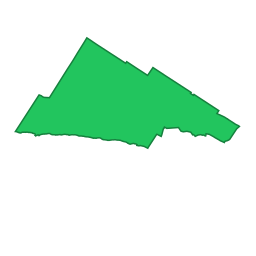 Wanneroo, Western Australia, Australia (Mercator projection), rotated 303°
{"feature_id": "25037944B9363307042095", "entity_name": "Wanneroo", "entity_type": "district", "adm_level": 2, "iso_a3": "AUS", "parent_name": "Australia", "parent_adm1": "Western Australia", "projection": "mercator", "projection_center": [115.695, -31.653], "detail": "fine", "context": "isolated", "style": "filled", "palette": "green", "viewbox_px": 256, "rotation_deg": 303, "n_neighbors": 0, "source": "geoboundaries", "source_scale": "gbopen_adm2", "svg_char_len": 5052}
<svg xmlns="http://www.w3.org/2000/svg" viewBox="0 0 256 256"><g transform="rotate(303 128 128)"><path d="M181.2,44.4L174.9,44.6L163.0,44.8L154.2,45.1L144.6,45.1L110.6,45.6L110.5,45.3L110.3,44.9L109.9,44.3L108.3,41.5L107.9,40.7L107.8,40.4L107.8,40.2L107.7,39.0L107.8,38.1L107.8,37.6L107.3,35.4L63.7,35.5L64.1,36.3L64.1,36.5L64.3,37.0L64.3,37.3L64.5,37.6L64.5,37.8L64.5,38.4L64.5,38.6L64.7,38.8L64.9,39.1L64.9,39.3L65.1,39.8L65.0,40.1L65.2,40.4L65.5,40.7L65.6,40.9L65.9,41.1L66.3,41.3L66.6,41.4L67.1,41.9L67.3,42.2L67.4,42.4L67.5,42.6L67.6,42.8L67.7,43.0L67.9,43.2L68.1,43.5L68.3,43.7L68.4,43.9L68.5,44.3L68.8,44.6L69.1,45.0L69.7,45.8L69.8,46.1L70.0,46.6L70.0,46.8L70.3,47.3L70.5,47.6L70.7,47.9L70.8,48.0L70.9,48.3L71.0,48.5L71.2,48.9L71.2,49.1L71.4,49.5L71.5,49.6L71.6,49.8L71.7,50.2L71.8,50.3L71.7,50.5L71.7,50.8L71.8,51.5L71.9,51.8L72.1,52.0L72.3,52.6L72.4,53.0L72.3,53.4L72.0,53.7L71.7,54.0L71.3,54.2L71.4,53.9L71.3,54.0L71.2,54.0L71.2,54.3L71.3,54.7L71.5,54.9L71.5,55.0L72.0,55.6L72.5,55.8L72.9,56.0L73.2,56.2L73.3,56.4L73.4,56.6L73.3,56.9L73.1,57.5L73.4,57.7L73.8,57.8L74.2,57.9L74.7,58.2L75.2,58.6L75.5,58.9L75.7,59.1L76.3,59.7L76.9,60.4L77.3,61.1L77.6,61.3L77.7,61.6L78.1,62.0L78.7,62.9L79.0,63.2L79.2,63.3L79.4,63.6L79.8,63.9L80.3,64.7L80.4,64.8L80.8,65.5L80.8,65.8L80.9,66.0L80.8,66.6L80.8,66.8L80.8,67.0L80.9,67.3L80.9,67.5L81.3,68.2L81.3,68.4L81.3,68.5L81.6,68.8L82.0,69.5L82.2,69.9L82.6,70.4L82.6,70.6L82.7,70.8L82.7,71.0L82.7,71.3L82.9,71.5L83.0,71.5L83.4,71.8L83.6,72.0L83.6,72.4L83.8,72.5L84.2,73.1L84.3,73.2L84.8,73.7L84.9,73.8L85.4,74.4L85.5,74.6L85.7,75.0L85.8,75.2L85.8,75.4L85.7,75.4L85.9,75.9L86.0,76.0L86.4,76.3L86.5,76.5L87.3,77.2L87.5,77.5L87.8,77.8L88.0,78.1L88.2,78.3L88.4,78.6L88.5,78.9L88.8,79.4L88.9,79.6L89.0,80.1L89.3,80.6L89.5,80.8L89.7,81.1L89.8,81.3L89.8,81.5L89.7,81.6L89.7,81.8L89.9,82.5L90.0,82.6L90.1,82.8L90.8,83.4L91.1,83.8L91.3,84.0L91.6,84.3L92.0,84.9L92.1,85.0L92.3,85.4L92.4,85.6L92.5,85.8L92.7,86.1L92.8,86.3L92.9,86.5L93.1,86.6L93.2,86.8L93.4,87.1L93.7,87.7L93.8,87.9L93.8,88.1L94.0,88.5L94.1,88.9L94.2,89.2L94.5,90.2L94.5,90.5L94.4,90.6L94.5,90.9L94.8,91.6L95.0,91.9L95.1,92.1L95.4,92.4L95.7,93.0L95.9,93.2L96.1,93.7L96.3,94.1L96.6,94.8L96.9,95.2L97.2,96.0L97.2,96.3L97.5,97.0L97.7,97.4L98.1,98.2L98.4,98.6L98.7,99.2L98.9,99.7L99.1,100.1L99.3,100.7L99.4,100.9L99.7,101.6L99.8,101.8L99.8,102.0L100.0,102.6L100.2,102.9L100.2,103.3L100.3,103.5L100.5,104.4L100.6,104.6L100.9,104.8L101.0,104.9L101.6,106.1L101.8,106.4L102.1,106.9L102.5,107.3L102.8,107.5L103.3,108.1L103.4,108.3L103.8,108.7L104.0,109.1L104.4,109.8L104.5,110.0L104.5,110.4L104.6,110.8L104.6,111.4L104.5,112.4L104.5,112.6L104.7,113.1L104.7,113.3L104.7,113.5L104.9,113.7L104.9,113.9L105.1,114.3L105.3,114.6L105.5,115.0L105.7,115.4L105.9,115.8L106.3,116.7L106.5,117.3L106.7,117.9L107.0,118.3L107.2,118.5L107.6,119.2L107.8,119.3L108.1,119.7L108.3,119.9L108.4,120.0L108.7,120.4L109.3,121.0L109.9,121.9L110.0,122.1L110.3,122.5L110.7,123.0L110.9,123.2L111.0,123.3L111.3,123.8L111.5,124.3L111.5,124.6L111.6,124.8L112.0,125.4L112.1,125.7L112.3,126.1L112.8,126.8L113.1,127.5L113.3,127.8L113.4,128.1L113.5,128.2L113.5,128.3L113.6,128.7L113.7,129.1L113.7,129.3L113.8,129.8L113.9,130.1L113.9,130.3L114.0,130.4L114.1,130.9L114.3,131.6L114.3,131.8L114.9,133.2L115.0,133.5L115.1,133.8L115.2,134.7L115.2,134.8L115.2,135.1L115.3,135.8L115.2,135.9L115.3,136.0L115.3,136.3L115.3,137.2L115.3,137.4L115.3,137.6L115.4,138.0L115.7,138.7L115.8,138.8L116.0,139.0L116.5,139.4L116.9,139.8L117.4,140.3L117.7,140.6L118.0,140.9L118.1,141.2L118.2,141.5L118.3,141.7L118.3,141.9L118.3,142.1L118.6,142.4L118.6,142.5L118.8,142.9L118.9,143.3L118.9,143.7L118.9,143.8L119.0,144.0L118.8,144.3L118.9,144.5L119.0,144.7L118.8,144.9L118.4,144.9L118.3,144.7L118.2,144.8L118.4,145.1L118.5,145.7L118.8,146.4L118.9,146.7L119.1,147.0L119.5,147.4L120.0,147.8L120.0,148.1L120.3,148.7L120.5,149.3L120.7,149.7L120.9,150.4L121.1,150.8L121.2,151.2L121.3,151.3L121.4,151.9L121.5,152.8L121.6,153.8L121.7,154.5L121.7,155.0L121.8,155.6L122.2,155.5L138.3,155.5L138.5,155.9L138.6,156.6L138.8,158.3L139.0,160.4L140.9,160.0L141.4,159.8L146.3,158.2L146.5,158.1L146.8,158.2L147.3,158.4L147.9,158.1L148.3,158.0L148.6,158.0L148.8,160.7L155.9,170.1L154.5,173.4L154.2,174.2L154.9,176.4L157.3,179.2L158.7,182.9L157.5,185.9L158.0,186.1L158.0,187.7L157.6,188.9L160.4,190.7L160.5,190.9L162.1,192.7L162.4,194.2L163.0,194.8L163.3,195.4L163.4,197.0L163.6,197.4L163.7,197.5L165.7,196.6L166.9,199.5L167.0,199.8L167.0,200.2L167.3,204.1L167.3,206.2L167.6,210.7L167.6,212.6L167.8,213.5L168.3,216.7L168.8,216.6L169.2,216.6L169.4,216.6L169.8,216.7L170.0,216.8L170.3,217.1L171.1,217.9L171.5,218.2L172.9,219.1L173.5,219.3L174.0,219.5L174.3,219.5L175.6,219.5L186.4,219.6L186.9,219.7L190.0,220.6L190.1,219.7L190.1,219.3L189.7,216.4L189.7,215.7L189.7,207.9L189.8,206.6L189.7,206.6L189.7,203.0L189.6,202.3L188.5,194.7L192.0,194.7L192.1,165.0L191.0,165.0L191.0,161.6L192.2,161.6L192.2,131.6L192.3,116.0L182.8,115.8L182.8,103.2L182.9,90.8L181.0,90.8L181.0,57.2L181.2,44.4Z" fill="#22c55e" stroke="#15803d" stroke-width="1.5"/></g></svg>